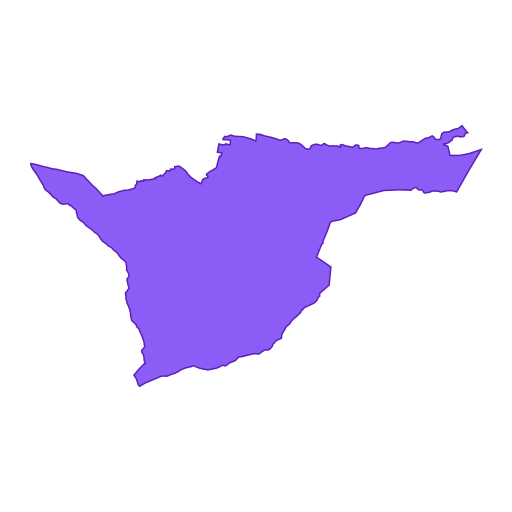 the district of Vicovu De Jos, Suceava, Romania
{"feature_id": "2599482B64673798461441", "entity_name": "Vicovu De Jos", "entity_type": "district", "adm_level": 2, "iso_a3": "ROU", "parent_name": "Romania", "parent_adm1": "Suceava", "projection": "robinson", "projection_center": [25.712, 47.878], "detail": "fine", "context": "isolated", "style": "filled", "palette": "violet", "viewbox_px": 512, "rotation_deg": 0, "n_neighbors": 0, "source": "geoboundaries", "source_scale": "gbopen_adm2", "svg_char_len": 6071}
<svg xmlns="http://www.w3.org/2000/svg" viewBox="0 0 512 512"><path d="M469.0,170.1L481.3,149.5L469.4,153.5L460.2,155.4L450.0,155.4L447.9,146.3L446.8,145.8L444.0,145.2L443.5,144.0L446.4,143.6L448.8,142.5L450.6,141.0L451.9,140.4L452.4,138.9L452.9,138.0L453.7,137.0L454.3,136.8L456.6,136.5L457.5,136.0L457.8,136.0L459.4,136.8L462.3,136.7L463.6,136.5L464.4,135.9L465.3,133.3L467.7,132.7L466.4,131.4L466.0,130.7L464.0,128.4L462.1,125.7L458.6,128.2L457.5,128.7L455.0,129.1L454.1,129.4L452.2,130.1L449.7,131.5L449.0,131.8L444.9,132.1L443.9,132.3L442.7,132.9L442.1,133.4L441.7,133.9L440.7,138.5L439.4,139.4L437.9,139.6L435.4,139.3L434.9,138.8L434.8,138.3L434.0,137.1L432.3,135.9L430.4,136.7L429.4,137.4L428.3,137.8L426.3,138.1L425.1,138.4L419.8,141.9L417.6,142.9L416.4,143.0L415.9,142.8L414.4,142.1L413.3,141.8L409.7,141.7L403.8,141.0L403.0,141.2L400.4,142.4L398.7,143.0L397.7,143.0L393.1,142.3L391.8,142.3L391.3,142.4L390.2,142.9L389.0,144.0L387.7,145.3L385.3,147.3L384.7,147.7L378.5,148.4L377.4,148.8L376.1,148.9L372.7,148.6L368.9,148.4L368.0,147.8L366.9,147.7L364.4,148.0L362.4,148.6L360.2,148.4L359.0,148.1L358.7,147.7L358.6,147.4L358.9,146.8L358.8,145.6L358.4,145.3L356.3,145.0L355.4,145.1L353.8,146.5L352.7,147.0L351.4,147.1L350.6,146.8L348.6,146.4L346.1,146.0L343.6,145.2L343.0,144.8L342.5,144.6L341.5,144.6L340.7,144.8L340.0,145.4L340.6,146.6L340.5,147.0L339.9,147.4L338.8,146.8L338.0,146.2L337.2,145.9L334.9,146.1L333.2,145.8L330.6,146.0L328.1,145.6L326.8,145.0L325.0,143.9L324.0,143.5L323.7,143.6L322.9,144.6L322.5,144.9L320.7,145.3L319.5,145.1L317.6,144.3L315.1,144.3L313.5,144.8L311.3,145.8L310.9,146.3L310.9,146.9L310.7,147.4L310.2,148.4L309.7,148.8L309.2,149.1L307.8,149.1L305.6,148.6L304.9,148.2L304.2,147.3L302.2,145.5L299.8,143.7L298.7,143.2L296.5,142.7L290.6,142.8L289.5,142.5L288.8,141.7L288.5,140.9L287.5,139.9L285.5,138.9L284.8,138.7L284.0,138.9L283.5,139.2L282.5,139.6L280.6,140.1L279.5,140.1L275.9,138.7L271.0,137.3L264.1,135.8L261.7,134.8L259.9,134.7L260.0,134.3L256.4,134.1L256.4,135.8L256.1,139.8L255.7,141.0L252.1,139.3L246.3,137.5L242.8,136.7L234.2,136.2L230.8,135.0L226.6,136.8L225.2,136.3L223.2,138.2L223.0,139.6L230.4,140.0L230.2,145.0L225.5,143.8L225.3,144.6L224.9,144.8L223.7,144.9L220.6,144.4L218.9,143.9L217.4,152.2L221.8,152.9L220.7,156.6L219.6,156.2L218.6,159.2L216.4,167.7L212.4,170.2L210.2,171.3L206.4,174.2L206.6,175.2L206.8,175.5L207.5,175.7L207.7,176.1L207.9,176.6L207.8,177.4L207.5,177.7L206.2,177.9L204.4,178.4L202.8,179.4L201.7,181.9L201.1,183.7L199.6,183.2L199.4,182.7L197.6,182.2L197.0,181.5L195.4,180.4L193.6,179.3L190.3,176.8L189.9,176.9L189.5,176.4L189.4,175.5L187.6,173.9L187.0,172.6L184.9,170.3L179.7,166.4L178.6,166.1L174.7,166.7L174.8,168.0L173.9,169.3L171.8,169.0L170.5,169.2L170.6,170.1L168.8,171.0L166.7,170.5L165.1,173.3L162.9,175.4L161.7,176.3L160.8,175.2L158.5,176.4L155.0,177.8L155.2,178.7L148.5,179.9L143.5,179.9L143.6,181.0L140.7,180.9L140.6,181.6L137.0,181.2L136.6,183.8L136.4,184.3L135.3,185.6L135.1,186.1L135.2,187.5L135.0,187.9L134.5,188.2L128.1,190.1L126.4,190.4L124.9,190.1L118.0,192.0L114.1,193.8L108.4,194.7L104.1,195.5L103.2,196.2L95.7,188.2L91.7,184.7L88.2,180.8L85.5,178.1L84.4,176.6L83.0,175.4L76.2,173.3L67.2,171.9L56.6,169.3L55.3,169.1L53.4,169.0L49.2,168.0L46.9,167.2L46.1,167.3L43.2,166.5L36.0,164.5L30.9,163.5L30.7,164.1L31.0,165.4L31.8,167.0L33.2,169.5L35.9,173.2L37.9,176.2L39.7,179.5L43.5,185.6L43.9,187.3L45.0,189.2L46.2,190.5L48.7,192.2L48.9,192.6L51.7,195.3L52.7,196.7L56.1,198.8L58.4,201.5L59.5,202.6L60.7,203.5L62.9,204.2L67.8,203.7L68.5,204.1L69.7,205.5L70.3,205.5L71.0,205.3L71.4,205.7L72.0,206.7L76.3,210.3L76.4,211.4L76.3,212.5L77.1,214.4L77.5,216.8L78.9,219.1L80.7,220.7L82.3,221.6L83.6,222.6L85.9,225.4L87.8,226.8L92.0,229.7L93.4,231.2L95.0,232.6L96.3,233.3L98.0,234.8L99.2,236.4L100.5,238.7L102.5,241.2L106.6,244.2L108.3,245.9L111.6,247.6L112.7,249.1L117.5,253.2L118.8,255.2L120.7,257.7L123.9,260.3L126.0,262.5L126.7,267.6L126.7,268.9L126.5,270.3L127.3,271.2L128.0,272.3L128.6,274.0L129.0,275.5L129.0,276.7L127.7,278.0L127.0,279.1L127.0,280.1L128.2,285.5L129.1,288.0L126.8,291.3L125.4,293.0L125.9,295.8L126.0,299.4L127.0,301.9L126.9,302.8L128.9,307.1L130.4,312.1L130.7,316.0L131.6,320.2L133.4,322.2L135.6,324.1L136.1,324.8L136.6,326.3L137.2,327.3L138.8,328.7L139.9,331.6L142.1,336.2L143.2,339.7L144.0,341.8L144.6,346.4L144.3,347.5L142.2,349.7L141.6,350.7L141.7,352.0L143.0,353.9L143.9,356.3L144.1,359.5L144.5,361.8L145.2,362.6L145.4,363.6L144.4,363.7L143.7,364.3L138.0,370.2L136.0,372.8L134.3,374.5L134.0,375.2L136.5,379.2L136.9,380.1L137.6,383.0L138.2,384.6L139.6,386.3L145.4,382.9L160.9,376.4L162.2,376.1L163.6,376.0L167.1,376.2L171.0,374.5L173.8,373.7L178.1,371.8L179.9,370.4L182.0,369.3L186.0,367.8L188.3,367.3L189.1,366.9L190.6,366.9L192.6,365.8L194.1,366.0L198.7,367.9L202.2,368.8L203.3,369.2L204.4,369.1L207.8,369.9L216.3,368.2L218.9,367.2L222.0,365.4L222.7,365.3L225.3,365.9L226.9,364.9L229.5,362.9L234.2,361.1L236.1,359.9L238.2,357.4L238.6,357.1L242.7,356.5L246.7,355.4L253.7,353.7L256.3,353.8L258.2,354.1L259.5,353.7L261.5,352.0L264.3,350.2L266.6,349.9L267.9,350.1L269.8,349.2L271.0,347.7L272.1,346.6L273.1,344.0L274.2,343.0L276.1,340.7L278.1,339.7L280.0,339.0L281.4,338.2L281.8,334.6L286.1,327.0L286.9,326.1L289.4,324.1L291.3,321.3L293.0,319.3L296.5,316.5L300.0,313.1L300.9,312.1L301.2,310.6L303.2,309.1L304.4,307.5L313.5,303.4L315.2,302.2L317.4,299.6L318.1,297.5L319.1,296.6L319.7,296.2L319.6,293.4L329.1,285.1L330.9,267.1L320.8,260.0L316.5,257.2L321.1,245.7L322.0,243.9L322.7,243.5L323.1,242.9L322.8,241.5L326.7,232.4L328.6,227.4L330.4,222.2L332.2,221.3L334.8,220.6L335.5,220.7L340.5,219.6L355.6,212.9L357.8,208.9L360.4,204.5L364.7,195.7L367.0,194.9L383.8,190.5L398.7,189.8L406.3,190.1L406.3,189.8L410.7,190.4L412.4,189.0L414.3,187.9L415.3,187.5L415.8,187.5L416.5,187.9L418.0,189.4L419.3,190.1L421.1,189.9L422.0,189.9L422.4,190.2L423.8,192.4L424.4,193.0L425.0,193.0L430.0,192.1L430.8,191.8L431.4,191.2L434.7,191.0L438.1,191.2L440.8,192.0L445.7,191.1L446.5,190.8L450.4,190.6L453.6,191.0L456.6,191.9L469.0,170.1Z" fill="#8b5cf6" stroke="#5b21b6" stroke-width="1.5"/></svg>